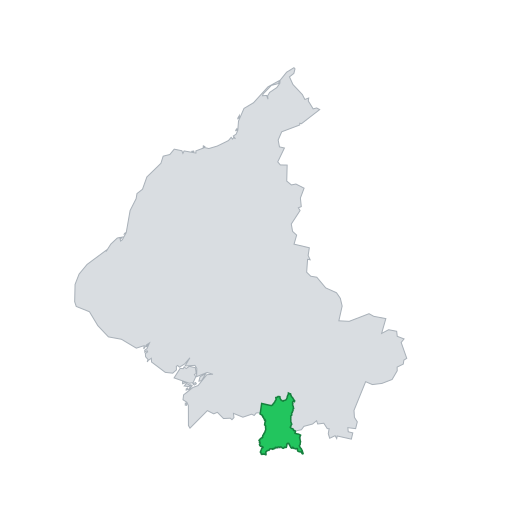 Roraima on a map of Brazil (Robinson projection), rotated 193°
{"feature_id": "BRA-670", "entity_name": "Roraima", "entity_type": "State", "adm_level": 1, "iso_a3": "BRA", "parent_name": "Brazil", "parent_adm1": "", "projection": "robinson", "projection_center": [-61.438, 1.924], "detail": "fine", "context": "in_parent", "style": "filled", "palette": "green", "viewbox_px": 512, "rotation_deg": 193, "n_neighbors": 0, "source": "natural_earth", "source_scale": "10m", "svg_char_len": 9070}
<svg xmlns="http://www.w3.org/2000/svg" viewBox="0 0 512 512"><g transform="rotate(193 256 256)"><path d="M147.7,103.8L152.3,108.3L158.1,106.2L159.9,109.1L163.1,105.0L171.0,100.8L172.7,96.9L177.7,94.6L178.1,92.1L172.3,91.2L170.8,80.6L165.9,73.8L172.6,77.2L178.5,77.0L182.7,80.5L183.9,76.3L198.8,71.2L202.0,67.7L201.8,64.5L206.3,64.3L207.6,65.8L206.2,71.2L210.1,72.7L211.4,77.1L208.8,80.6L207.5,89.4L210.4,98.7L217.4,104.0L220.4,103.2L221.9,100.2L224.6,100.9L232.5,96.0L242.6,97.6L241.1,93.6L242.6,91.1L244.6,92.2L251.1,90.3L258.5,95.0L261.7,92.7L268.6,94.4L281.6,73.4L283.7,75.6L288.2,94.9L290.4,97.9L294.8,99.5L295.3,104.4L287.9,113.7L283.3,116.7L277.2,129.3L271.3,131.1L277.5,131.5L286.7,125.1L288.4,133.2L290.9,135.7L300.4,132.9L297.5,142.0L301.3,134.7L305.6,130.5L307.8,131.7L308.8,130.5L307.9,127.1L310.8,123.1L318.2,122.2L333.9,129.2L335.0,132.8L337.2,130.3L340.9,133.0L341.9,136.1L340.0,138.2L340.8,139.2L342.7,137.2L343.2,139.1L341.4,141.2L340.2,147.4L342.7,144.8L344.5,140.2L344.8,143.5L351.9,139.3L368.4,144.6L381.6,144.0L394.4,152.5L405.7,164.2L419.8,166.4L422.4,170.7L425.9,187.6L424.3,198.6L418.7,209.8L403.1,228.1L403.1,226.6L400.1,235.0L395.2,242.3L392.9,243.4L391.3,240.1L389.9,241.8L387.7,249.6L388.9,272.0L385.7,284.9L386.0,290.1L381.6,295.5L380.1,308.5L369.5,324.9L368.9,332.4L362.8,335.5L359.7,341.7L351.9,341.9L350.3,339.5L349.7,342.2L337.7,342.8L338.2,344.9L330.4,350.1L326.1,350.1L318.5,354.4L308.8,362.3L306.9,366.0L305.2,364.6L304.5,366.3L302.4,365.6L305.1,367.8L302.8,370.2L302.0,374.4L303.4,383.5L300.9,397.1L292.8,404.9L282.4,423.5L272.9,432.0L272.7,429.2L279.4,425.7L285.5,415.5L285.7,413.6L281.8,414.8L279.6,411.5L280.7,414.7L279.5,418.5L273.6,424.8L271.6,429.7L272.1,432.5L267.5,442.0L261.4,448.0L260.1,447.1L260.2,442.4L263.7,438.1L258.6,431.4L247.1,423.7L243.6,419.5L240.2,421.8L239.9,418.8L233.4,412.2L230.2,413.9L226.9,413.0L241.5,395.1L243.2,395.2L242.9,393.5L258.9,382.8L260.5,374.0L257.7,367.6L252.6,367.6L256.0,352.6L252.8,350.2L246.1,351.6L242.9,335.9L237.5,333.2L233.3,335.1L224.4,332.9L225.8,322.5L223.0,314.3L225.6,312.5L223.3,310.2L228.8,295.1L225.9,288.2L221.1,285.5L221.6,276.1L205.9,276.0L205.3,268.2L202.4,264.5L205.0,264.4L203.0,251.6L198.1,248.6L192.0,249.0L180.9,240.6L169.3,238.3L164.3,233.7L160.8,226.6L160.7,211.5L150.5,213.3L132.9,225.2L127.7,223.7L115.4,224.2L116.2,208.8L110.2,214.0L102.0,214.3L100.3,209.5L93.1,208.5L95.1,204.4L86.1,190.2L88.5,187.8L88.2,183.8L93.5,179.5L92.6,175.9L95.6,166.3L104.6,160.2L113.7,156.9L120.9,158.2L125.8,127.6L123.8,120.9L120.0,117.2L120.1,110.2L127.9,109.4L126.6,105.5L121.9,105.4L121.9,99.0L136.4,98.9L136.3,96.3L138.5,98.7L143.2,95.0L145.6,99.1L145.9,104.2L147.7,103.8ZM292.3,117.0L308.4,118.8L304.6,129.5L301.6,129.8L301.1,131.6L298.7,130.7L296.1,133.5L290.0,133.5L287.8,128.1L289.4,126.7L287.5,124.8L288.8,118.5L292.3,117.0ZM278.5,130.0L281.0,122.3L283.5,121.2L283.3,125.9L278.5,130.0ZM296.7,113.2L295.2,116.1L291.5,115.4L292.1,113.6L296.7,113.2ZM291.2,110.0L290.6,115.9L289.0,115.3L291.2,110.0ZM299.3,117.0L297.0,117.3L295.9,116.8L298.8,115.0L299.3,117.0ZM288.8,117.2L286.4,119.1L285.4,118.1L287.1,116.4L288.8,117.2ZM293.1,112.0L292.0,110.8L293.9,109.6L294.1,110.7L293.1,112.0ZM291.8,96.8L290.4,97.1L290.1,94.9L291.4,94.8L291.8,96.8ZM303.8,389.2L303.4,387.3L304.5,385.6L304.8,386.1L303.8,389.2ZM331.8,349.4L332.1,351.5L330.5,351.1L331.8,349.4ZM303.3,375.7L302.7,374.6L303.8,373.5L304.1,373.9L303.3,375.7ZM342.3,143.5L341.3,145.8L342.3,142.6L342.3,143.5ZM392.0,243.7L390.4,244.4L391.5,242.6L392.0,243.7ZM342.0,343.6L340.3,344.3L340.0,343.9L341.0,343.0L342.0,343.6ZM389.3,247.8L388.7,249.0L388.3,248.2L389.3,247.8ZM338.1,128.3L338.2,129.6L337.7,129.4L338.1,128.3Z" fill="#d9dde1" stroke="#a8b0b8" stroke-width="1"/><path d="M205.6,64.0L205.8,64.3L206.0,64.4L206.3,64.3L206.7,65.1L206.8,65.3L207.6,65.8L207.7,66.1L207.5,66.7L207.5,67.1L207.3,67.7L207.3,68.3L207.2,68.7L207.2,69.4L207.1,69.7L206.8,70.1L206.7,70.5L206.3,70.7L206.1,70.9L206.1,71.1L206.1,71.3L206.4,71.5L206.6,71.5L206.6,71.3L206.9,71.4L206.9,71.6L207.0,71.7L207.3,71.6L207.6,71.7L207.9,71.5L208.1,71.6L208.2,71.8L208.6,71.7L208.6,71.8L208.7,72.0L209.0,72.0L209.1,71.9L209.3,72.1L209.8,72.4L210.0,72.7L210.2,73.1L209.9,73.5L209.9,73.9L209.8,74.1L209.8,74.5L209.9,74.8L210.0,74.9L210.4,75.0L210.6,75.2L210.5,75.3L210.4,75.5L210.5,75.9L210.8,76.2L211.0,76.5L211.0,76.8L211.5,76.9L211.6,77.1L211.3,77.3L211.1,77.5L210.9,77.9L211.0,78.3L210.8,78.6L210.5,78.8L210.3,78.9L210.3,79.1L210.3,79.4L210.2,79.5L209.9,79.7L209.6,80.1L208.9,80.3L208.7,80.6L208.7,80.9L209.0,81.3L209.0,81.6L208.9,82.1L209.0,82.1L209.0,82.6L209.0,82.8L208.9,82.9L208.8,83.2L208.5,83.8L208.4,84.2L208.2,84.4L208.2,84.6L208.3,84.8L208.2,84.9L208.3,85.1L208.1,85.3L207.8,85.9L207.7,86.2L207.7,86.9L207.6,87.7L207.5,89.3L207.5,89.5L207.8,90.1L207.8,90.3L208.0,90.6L208.1,91.0L208.3,91.7L208.4,92.2L208.3,92.5L208.9,93.0L209.2,93.3L209.6,93.3L209.7,93.6L209.7,94.7L209.8,95.1L209.6,95.4L209.8,95.9L209.7,96.2L209.7,96.6L209.5,97.0L209.6,97.3L209.6,97.5L210.1,97.6L210.4,97.7L210.6,97.8L210.3,98.5L210.5,98.8L210.9,98.9L211.2,98.9L211.4,98.9L211.6,99.1L211.8,99.5L212.0,99.8L212.3,100.1L212.6,100.6L212.8,100.6L212.9,100.9L213.0,100.9L213.3,100.9L213.4,101.0L213.4,101.4L213.6,101.6L213.8,102.0L214.6,102.5L216.1,102.8L216.4,102.9L217.3,113.6L209.5,113.6L207.3,113.7L207.1,113.8L207.0,114.0L206.9,114.2L206.5,114.5L206.3,114.7L206.3,115.1L206.0,115.8L205.7,116.2L205.6,116.4L205.4,116.8L205.3,117.3L204.8,118.1L204.8,118.9L204.2,120.4L204.1,120.8L204.1,121.0L204.2,121.3L204.8,122.1L204.9,122.4L204.8,122.6L204.6,122.8L204.2,122.9L203.4,123.2L203.1,123.6L203.1,123.9L202.9,124.1L202.3,124.1L201.9,124.3L201.1,124.2L200.9,124.1L200.9,123.7L200.8,123.4L200.7,123.2L200.5,122.7L200.0,122.1L199.6,121.8L199.4,121.3L199.2,121.2L198.7,121.2L198.3,121.1L198.0,120.8L197.8,120.7L196.9,120.7L196.9,120.8L196.7,121.2L196.6,121.3L195.8,121.7L195.4,121.8L194.8,122.2L194.5,122.6L194.2,123.0L194.1,123.4L194.0,124.0L193.8,124.8L193.8,125.2L193.9,126.0L193.8,126.5L193.8,127.1L193.4,128.5L193.6,129.8L193.2,129.7L192.6,129.6L192.3,129.3L192.2,129.2L191.6,129.5L191.4,129.5L191.2,129.4L190.7,128.1L190.3,127.8L189.9,127.1L189.4,126.8L188.9,126.4L188.4,126.2L188.0,125.5L187.4,125.1L186.8,124.5L186.5,124.0L186.3,123.9L185.8,123.7L185.7,123.5L185.8,122.8L185.8,122.7L186.0,122.7L186.3,122.8L186.6,122.9L186.8,123.0L186.8,122.9L187.0,122.7L187.2,122.4L187.4,122.2L187.5,121.9L187.3,121.0L187.3,120.8L187.0,120.6L186.9,120.4L186.9,119.5L186.8,118.9L186.5,118.4L186.1,118.2L185.8,117.7L185.6,116.9L185.2,116.3L185.0,116.0L185.0,115.8L185.1,115.7L185.3,115.6L185.4,115.4L185.5,114.9L185.5,114.7L185.2,114.1L185.2,113.4L185.5,112.7L185.4,111.9L185.5,111.7L185.8,111.3L185.9,110.7L185.4,109.2L185.4,108.9L185.5,108.7L185.9,108.3L186.2,107.9L186.1,107.5L185.7,106.4L185.6,105.4L185.6,105.2L185.3,104.6L185.3,104.2L184.8,102.5L184.8,102.1L184.7,101.9L184.5,101.7L184.1,101.4L183.9,101.1L183.3,100.1L183.3,99.9L183.5,99.5L183.6,99.2L183.9,98.9L183.7,97.9L183.8,97.7L184.1,97.2L184.1,96.8L183.9,96.6L183.5,96.4L182.7,96.0L182.3,96.0L181.9,95.9L181.5,96.0L181.2,95.9L180.8,95.6L180.4,95.1L180.3,94.8L180.3,94.6L180.1,94.4L179.8,94.4L179.3,94.6L179.1,94.6L178.8,94.6L178.5,94.4L178.1,93.9L178.2,93.4L178.2,92.7L178.3,92.2L178.1,92.0L177.0,92.0L176.4,91.9L175.3,91.9L174.8,92.0L174.2,92.0L173.2,91.6L172.7,91.6L172.3,91.5L172.3,91.4L172.2,91.2L172.3,90.9L172.6,90.2L172.8,89.1L172.6,88.9L172.5,88.3L171.8,86.9L171.6,86.5L171.2,85.8L171.0,85.5L170.8,85.1L170.8,84.7L170.9,83.9L170.8,83.5L170.6,82.2L171.0,81.4L171.1,80.7L170.4,79.9L169.9,79.2L169.0,78.7L168.1,77.9L167.8,77.3L167.2,76.8L167.0,76.5L166.6,75.7L166.4,75.1L166.3,74.9L165.8,74.6L165.7,74.4L165.7,74.0L165.8,73.8L165.9,73.7L166.3,73.7L166.7,73.9L167.0,74.3L167.2,74.6L167.4,75.0L167.5,75.2L167.6,75.3L169.6,75.0L170.7,75.1L171.3,75.3L171.5,75.4L171.7,75.6L171.9,76.3L172.1,77.0L172.2,77.4L172.4,77.6L172.8,77.7L173.8,77.0L174.2,77.0L174.7,77.2L175.6,77.0L176.0,77.1L176.6,77.7L177.0,77.9L177.4,77.8L177.5,77.5L177.5,77.1L177.7,76.8L178.0,76.8L178.4,76.9L179.0,77.3L179.3,77.6L179.8,78.4L180.3,78.8L181.5,80.4L181.9,80.7L182.0,80.8L182.4,80.8L182.5,80.8L183.0,80.4L183.2,80.5L183.3,80.4L183.6,79.8L183.7,79.4L183.7,79.0L183.6,78.6L183.5,78.2L183.4,78.0L183.3,77.7L183.5,76.8L183.4,76.4L183.5,76.3L183.8,76.1L184.3,76.1L185.0,76.2L185.3,76.1L185.4,75.7L185.4,75.4L185.5,75.3L185.9,75.1L186.0,75.0L186.1,74.8L186.4,74.7L186.8,74.8L188.5,75.6L188.8,75.6L189.2,75.5L189.8,74.9L190.2,74.9L190.7,75.1L191.1,75.0L191.6,74.8L192.0,74.2L192.6,74.0L192.9,74.0L193.2,74.1L193.6,74.0L193.9,74.0L194.0,74.0L194.2,73.8L194.3,73.6L194.3,72.8L194.5,72.5L194.8,72.4L195.5,72.4L195.9,72.3L196.1,72.2L196.3,72.1L196.2,71.9L196.0,71.5L196.1,71.4L196.7,71.4L197.3,71.7L198.0,71.5L198.7,71.4L199.0,71.2L199.3,70.8L199.4,70.2L199.7,69.5L200.0,69.5L200.9,69.1L201.3,68.8L201.6,68.4L202.2,67.6L202.4,67.1L202.3,66.7L201.7,65.0L201.5,64.8L201.1,64.7L201.5,64.6L202.2,64.6L202.6,64.8L203.2,64.7L203.3,64.8L203.5,64.9L203.8,64.6L204.0,64.6L204.4,64.7L204.6,64.7L205.1,64.2L205.6,64.0Z" fill="#22c55e" stroke="#15803d" stroke-width="1.5"/></g></svg>